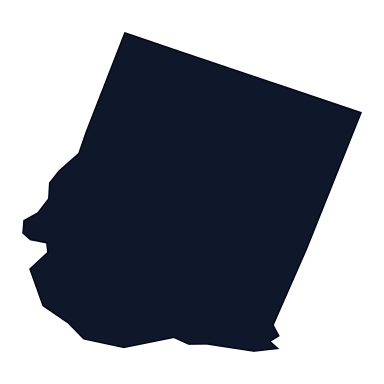 Howard, Missouri, United States of America
{"feature_id": "52423323B70780869118489", "entity_name": "Howard", "entity_type": "district", "adm_level": 2, "iso_a3": "USA", "parent_name": "United States of America", "parent_adm1": "Missouri", "projection": "albers", "projection_center": [-92.759, 39.156], "detail": "fine", "context": "isolated", "style": "filled", "palette": "ink", "viewbox_px": 384, "rotation_deg": 0, "n_neighbors": 0, "source": "geoboundaries", "source_scale": "gbopen_adm2", "svg_char_len": 484}
<svg xmlns="http://www.w3.org/2000/svg" viewBox="0 0 384 384"><path d="M179.2,51.4L124.9,32.9L86.2,132.2L78.9,153.5L59.1,171.0L49.7,183.0L48.8,198.7L37.9,212.9L24.0,220.6L23.0,233.0L30.4,239.6L46.8,242.8L47.9,252.4L30.0,269.0L43.1,305.7L68.4,323.0L83.8,338.8L123.8,347.4L173.9,337.3L188.8,344.1L206.7,343.9L253.9,351.1L277.6,348.4L269.7,341.4L278.7,335.8L273.0,325.1L306.7,248.4L361.0,112.7L276.1,84.0L270.2,82.1L179.2,51.4Z" fill="#0f172a" stroke="#020617" stroke-width="1.5"/></svg>